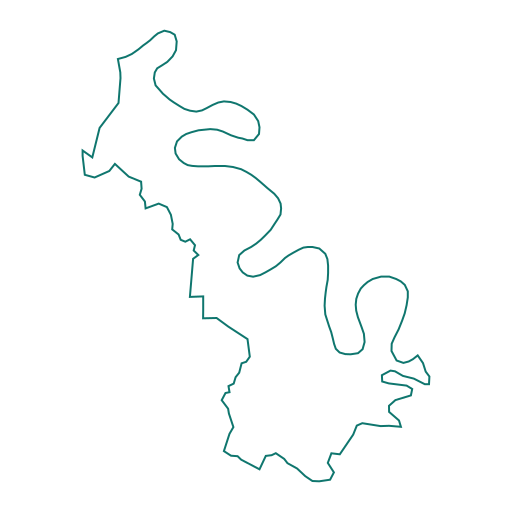 Marcelino Ramos, Rio Grande do Sul, Brazil (Natural Earth projection)
{"feature_id": "56859067B19657711015039", "entity_name": "Marcelino Ramos", "entity_type": "district", "adm_level": 2, "iso_a3": "BRA", "parent_name": "Brazil", "parent_adm1": "Rio Grande do Sul", "projection": "natural_earth1", "projection_center": [-51.946, -27.463], "detail": "fine", "context": "isolated", "style": "outline", "palette": "teal", "viewbox_px": 512, "rotation_deg": 0, "n_neighbors": 0, "source": "geoboundaries", "source_scale": "gbopen_adm2", "svg_char_len": 3166}
<svg xmlns="http://www.w3.org/2000/svg" viewBox="0 0 512 512"><path d="M212.7,104.9L206.5,108.2L202.0,110.4L196.3,111.6L190.0,110.7L184.4,108.9L179.5,106.0L173.8,102.4L169.6,99.5L166.3,96.6L162.9,93.7L159.7,90.0L155.6,85.4L153.9,78.5L154.8,72.4L157.2,68.3L161.6,65.6L167.3,61.9L172.6,56.4L176.0,50.2L176.7,41.4L174.7,34.7L170.2,32.1L164.3,30.7L157.9,33.4L154.3,36.3L150.1,40.3L146.6,43.0L143.1,45.5L138.4,49.4L131.8,54.0L125.6,56.9L117.9,59.0L120.3,72.4L120.5,78.2L118.5,103.0L99.6,127.9L92.3,157.4L82.6,150.5L82.6,155.9L84.8,174.8L94.6,177.5L109.3,171.0L114.9,163.9L128.7,176.6L141.1,181.7L141.6,188.7L139.8,194.8L144.9,201.5L145.6,208.4L158.7,203.6L166.9,207.1L170.9,214.8L172.7,223.9L172.2,229.4L178.6,234.5L180.7,239.8L185.3,241.7L190.1,239.3L195.0,245.2L193.7,250.5L198.3,255.0L193.1,258.8L189.9,296.9L203.2,296.4L203.2,310.0L203.1,318.3L216.6,318.0L228.3,326.6L247.5,339.1L249.8,356.7L246.2,361.8L241.6,363.3L239.2,372.7L235.6,377.2L233.7,383.6L228.5,386.1L229.5,392.2L225.5,393.0L221.7,400.2L228.1,408.7L228.9,413.5L233.4,427.1L229.5,433.8L223.9,451.1L231.0,455.7L237.6,456.2L241.2,459.7L259.5,469.3L265.8,455.9L271.6,455.2L275.8,453.2L284.2,458.9L287.5,463.2L297.1,468.5L305.3,476.2L312.4,481.0L319.2,481.3L330.1,479.7L333.9,472.4L327.8,462.9L331.4,453.3L339.8,454.3L353.2,434.6L356.8,425.6L362.3,423.2L380.6,426.1L389.0,425.8L400.9,426.8L399.0,420.5L389.1,411.9L389.0,405.8L395.4,400.1L410.9,395.4L412.2,389.0L406.6,385.6L388.8,383.4L382.2,381.5L381.9,375.2L390.5,370.6L395.0,371.3L402.9,375.9L413.8,378.6L424.8,384.2L429.0,384.2L429.4,376.5L425.7,371.6L423.0,363.1L417.7,355.4L412.9,359.2L408.7,361.5L403.4,362.9L396.6,360.5L391.5,351.0L391.7,343.7L394.5,337.4L398.6,329.4L402.1,320.7L404.7,313.4L406.6,305.2L407.8,297.4L407.8,291.3L404.8,284.9L400.8,281.4L396.2,279.0L389.3,276.6L381.1,276.6L372.7,279.0L367.6,282.0L363.9,285.2L360.8,288.5L358.1,293.5L356.3,298.8L355.7,304.7L356.2,310.6L357.9,317.2L359.7,322.0L361.8,327.7L363.9,333.8L364.6,342.0L362.6,349.2L358.0,353.2L350.6,354.3L345.3,354.1L339.6,352.5L335.8,348.8L334.1,343.9L332.8,338.4L331.2,332.1L329.2,326.6L327.4,321.0L325.3,314.4L324.6,305.7L325.0,298.4L325.7,292.2L326.4,287.1L327.7,279.9L328.1,273.0L328.1,265.7L327.4,259.1L325.3,253.8L319.3,248.5L312.5,247.0L307.8,247.0L303.4,247.6L298.8,249.7L293.3,252.7L288.5,255.5L285.0,258.0L280.4,262.5L275.8,266.3L270.5,269.5L265.4,272.4L260.1,275.1L253.1,276.7L247.3,275.6L242.7,272.4L239.6,268.4L237.6,262.5L239.2,255.1L244.4,250.5L251.1,247.0L256.2,243.6L260.8,239.8L265.1,235.6L270.7,229.8L274.4,224.1L277.4,219.6L280.5,214.5L281.1,208.4L280.6,203.6L278.1,198.3L274.3,193.8L267.4,188.1L260.8,182.3L255.7,178.0L251.3,174.8L246.4,171.9L241.1,169.2L233.0,167.0L225.0,166.0L214.9,166.0L208.9,166.3L204.2,166.3L197.6,166.3L192.1,165.9L187.7,165.1L183.7,163.0L179.1,159.3L175.6,153.5L174.9,147.9L177.0,141.4L181.8,136.6L186.2,134.0L191.5,132.2L198.5,130.3L203.4,129.8L210.3,129.1L217.1,129.7L222.8,131.5L231.0,135.3L238.2,137.7L242.4,138.5L247.5,140.2L253.9,140.2L259.0,134.0L259.5,127.3L258.2,121.1L253.9,114.5L247.5,109.7L241.4,106.0L236.2,103.6L230.6,102.0L223.9,101.4L218.3,102.5L212.7,104.9Z" fill="none" stroke="#0f766e" stroke-width="2"/></svg>